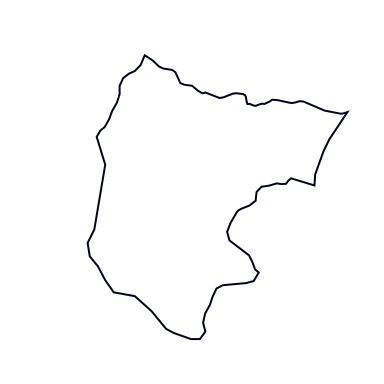 SVG path tracing the border of Giresun, rotated 24°
{"feature_id": "TUR-2292", "entity_name": "Giresun", "entity_type": "Province", "adm_level": 1, "iso_a3": "TUR", "parent_name": "Turkey", "parent_adm1": "", "projection": "orthographic", "projection_center": [38.652, 40.562], "detail": "fine", "context": "isolated", "style": "outline", "palette": "ink", "viewbox_px": 384, "rotation_deg": 24, "n_neighbors": 0, "source": "natural_earth", "source_scale": "10m", "svg_char_len": 1306}
<svg xmlns="http://www.w3.org/2000/svg" viewBox="0 0 384 384"><g transform="rotate(24 192 192)"><path d="M93.3,86.3L102.8,87.9L110.9,90.8L115.5,90.9L124.4,88.5L128.2,89.4L137.0,97.2L141.1,97.2L148.8,94.9L156.3,97.1L161.4,97.6L163.7,95.7L179.0,94.9L182.1,92.8L189.5,85.4L192.2,83.8L198.7,81.8L201.2,82.0L202.4,83.1L205.5,87.6L206.9,89.1L208.9,88.0L212.8,88.0L214.9,87.5L216.3,86.3L218.0,84.5L220.1,82.8L222.5,82.0L226.6,77.2L227.3,75.6L228.2,74.9L232.7,73.3L246.8,70.3L250.1,68.1L253.3,65.3L257.1,64.0L280.1,63.7L296.3,59.9L298.1,58.8L301.5,55.8L296.0,88.2L295.6,101.6L297.4,126.0L301.2,136.2L277.0,139.2L275.4,142.3L274.6,146.2L270.7,148.3L265.8,149.7L259.9,154.8L253.4,158.9L251.0,165.8L253.7,174.1L249.9,181.1L243.7,187.4L241.6,190.5L241.1,192.6L239.8,204.5L240.3,214.1L245.9,221.0L269.9,226.7L275.6,231.4L281.2,237.1L285.7,238.4L284.6,248.2L278.5,253.2L258.1,264.6L253.6,270.2L253.4,279.0L254.3,287.9L253.4,297.6L255.3,306.9L261.0,314.1L259.1,323.1L250.8,326.8L233.1,328.2L224.1,327.6L203.5,317.3L182.2,310.4L161.3,315.5L148.7,307.9L136.3,298.2L124.8,292.4L117.4,281.0L118.0,265.9L101.6,202.3L82.5,180.4L83.3,173.2L85.8,168.1L86.7,159.3L86.1,150.3L87.1,141.1L86.1,132.1L82.7,124.5L82.8,116.0L86.2,109.6L90.6,104.7L93.5,96.6L93.2,87.3L93.3,86.3Z" fill="none" stroke="#020617" stroke-width="2"/></g></svg>